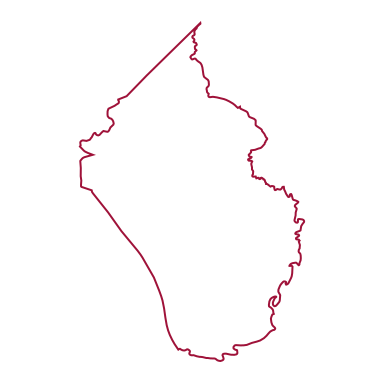 outline of San Miguelito, Panama, rotated 90°
{"feature_id": "35544464B70550696695084", "entity_name": "San Miguelito", "entity_type": "district", "adm_level": 2, "iso_a3": "PAN", "parent_name": "Panama", "parent_adm1": "", "projection": "natural_earth1", "projection_center": [-79.491, 9.058], "detail": "fine", "context": "isolated", "style": "outline", "palette": "rose", "viewbox_px": 384, "rotation_deg": 90, "n_neighbors": 0, "source": "geoboundaries", "source_scale": "gbopen_adm2", "svg_char_len": 5959}
<svg xmlns="http://www.w3.org/2000/svg" viewBox="0 0 384 384"><g transform="rotate(90 192 192)"><path d="M219.9,80.6L219.4,81.8L219.0,84.9L219.1,85.6L219.4,86.0L222.1,86.1L222.4,86.3L222.7,86.8L222.5,88.0L221.7,88.9L221.2,89.3L220.6,89.5L220.1,89.5L215.5,88.4L212.5,88.3L209.0,87.3L208.4,87.4L206.7,88.9L206.1,89.2L205.6,89.1L204.8,88.7L202.8,86.2L202.3,85.8L201.9,85.7L201.6,86.0L201.1,86.9L200.4,88.6L199.9,90.4L199.5,91.0L198.8,91.3L195.1,92.3L194.1,92.8L194.1,93.5L194.6,94.1L195.3,94.3L196.3,94.2L196.7,94.5L197.0,95.3L196.8,95.9L195.8,96.6L193.8,97.9L191.3,98.9L189.6,99.8L186.8,100.2L186.8,101.0L187.1,101.6L188.6,102.4L189.5,103.5L189.5,104.6L189.0,106.8L190.0,108.2L190.1,108.9L189.8,109.3L189.2,109.5L187.7,109.8L187.0,109.7L186.6,109.9L186.2,110.8L186.0,112.2L186.6,113.5L184.3,116.4L184.0,117.0L184.0,118.0L183.7,118.1L182.6,118.1L181.8,118.9L180.9,119.0L179.9,119.4L179.5,119.9L179.5,120.4L178.8,120.6L178.6,121.6L178.1,121.7L177.9,122.0L177.7,122.5L177.9,123.2L179.0,123.9L179.1,124.3L178.9,124.8L178.3,124.8L177.8,125.4L177.8,126.1L178.3,127.3L178.3,127.7L176.5,128.3L176.7,130.7L176.5,131.4L176.1,131.7L175.2,131.7L174.4,131.1L173.7,131.0L171.3,130.8L170.8,131.0L169.5,132.0L167.3,132.0L164.3,132.7L163.6,132.7L161.4,131.8L160.9,132.4L160.6,135.3L160.2,135.7L159.7,135.9L159.3,135.8L158.1,133.2L157.5,132.6L157.1,132.4L156.9,132.7L156.5,134.6L155.4,135.2L154.6,135.2L154.1,134.5L152.4,133.0L151.9,132.9L150.9,133.1L150.3,132.8L149.8,128.9L148.5,125.4L148.0,123.4L147.0,122.1L144.0,119.4L142.6,119.1L142.0,118.5L141.4,118.4L140.3,117.8L139.3,116.9L139.0,116.8L138.3,116.9L137.9,117.5L136.9,118.2L133.8,119.7L131.1,121.9L129.9,122.2L129.6,122.4L128.7,123.4L126.1,127.3L125.3,128.2L124.6,128.4L120.7,128.3L120.1,128.5L118.8,130.0L117.2,134.0L116.7,134.8L116.3,135.1L112.9,136.3L112.2,136.7L111.3,137.9L108.8,143.3L108.2,143.8L106.7,144.0L107.9,146.1L106.8,147.4L105.1,149.1L103.4,151.3L101.3,154.9L99.9,157.8L99.1,160.0L97.4,167.1L96.8,171.1L97.2,174.1L96.9,175.1L96.5,175.5L95.5,175.7L93.8,175.3L92.7,176.5L91.9,177.0L90.7,177.1L89.0,177.5L87.7,177.2L86.2,175.6L85.3,175.2L84.5,175.1L81.6,175.3L80.5,175.7L79.9,176.1L77.2,179.6L76.4,180.1L74.6,180.6L67.5,181.6L64.9,182.4L63.7,183.1L62.9,183.7L61.4,185.9L60.1,187.4L58.8,188.4L58.6,188.9L58.6,189.5L59.4,191.5L59.4,192.0L59.0,192.5L57.3,193.6L56.5,193.4L55.2,192.2L53.8,189.5L53.3,189.2L52.4,189.3L51.9,189.1L50.4,187.5L50.1,187.6L48.9,189.0L47.0,189.2L46.1,188.9L45.2,187.5L44.7,187.3L44.3,187.3L43.0,188.0L42.7,188.6L42.4,189.9L42.1,190.3L41.6,190.5L40.7,189.8L39.7,189.6L39.0,189.9L37.7,191.5L37.0,191.7L36.3,191.5L36.0,191.3L35.1,189.8L34.6,189.4L33.8,189.4L32.0,189.7L30.8,189.4L29.5,188.6L28.5,187.5L26.7,186.8L24.9,185.0L23.9,183.7L23.6,183.6L23.0,183.7L75.4,237.2L96.2,257.4L99.5,265.8L100.1,265.8L101.0,265.2L101.9,265.1L102.8,265.2L103.4,265.7L104.5,267.5L105.8,269.4L108.7,275.5L110.2,276.1L111.3,276.4L114.2,276.5L116.1,276.3L116.9,275.8L118.0,274.8L118.7,272.8L119.7,271.7L121.3,270.8L123.4,270.3L124.6,270.6L127.5,273.6L130.0,274.7L131.3,275.6L131.7,276.2L131.8,276.7L131.0,280.6L132.3,282.1L134.9,284.5L135.4,285.7L135.2,286.7L134.8,287.5L134.3,288.0L133.3,288.4L133.0,288.7L132.9,289.0L133.1,289.7L134.2,290.7L137.3,292.3L138.4,293.3L139.3,293.8L139.8,294.3L140.9,297.5L140.4,300.8L140.4,301.5L140.7,302.2L141.2,303.0L142.0,303.6L142.5,303.7L144.1,303.6L145.2,303.3L146.5,304.1L150.6,300.2L151.6,298.9L152.9,296.2L154.8,291.2L157.1,299.3L157.5,300.3L158.1,301.3L158.9,302.1L160.7,303.6L161.4,303.7L168.0,303.2L176.2,303.3L180.5,302.7L185.0,303.0L186.5,302.9L186.9,302.5L190.3,292.3L191.9,292.0L193.4,291.0L212.4,275.9L231.1,262.6L250.8,246.3L254.7,243.4L257.8,241.4L277.5,230.1L290.7,224.8L296.2,222.8L300.5,221.5L308.5,219.9L317.7,218.6L325.2,217.3L330.4,215.9L334.9,214.2L339.9,211.8L344.1,209.4L349.6,205.7L349.0,204.9L348.8,204.1L349.7,202.7L350.2,201.6L350.4,200.8L350.5,199.6L350.2,198.5L349.3,196.9L349.4,196.1L350.3,194.7L351.1,194.1L351.8,194.1L353.3,194.7L354.0,194.6L354.7,194.0L355.1,193.2L355.3,192.2L355.2,190.4L356.3,187.1L356.9,184.1L356.9,183.0L357.1,181.3L358.0,177.7L358.0,176.2L358.4,173.5L358.5,169.5L358.8,168.5L360.3,166.6L360.8,165.0L361.0,163.5L360.4,161.7L359.8,160.8L359.5,160.6L358.8,160.4L358.2,160.5L356.5,161.0L355.3,161.5L354.5,161.3L353.9,160.7L353.7,159.5L353.7,157.8L354.7,153.1L354.8,150.3L354.8,149.6L354.4,147.7L353.9,147.0L353.0,146.6L350.3,146.9L350.0,147.3L349.8,148.6L348.6,150.3L348.2,150.5L347.0,150.5L345.5,149.4L345.1,148.1L345.4,143.3L345.3,140.2L344.9,137.2L342.9,132.1L341.6,127.2L340.5,123.9L338.2,120.1L335.8,117.5L333.3,115.4L331.7,113.9L331.0,112.8L330.2,111.3L329.9,109.9L329.4,109.2L328.7,108.8L328.1,108.9L327.4,109.4L326.0,110.9L325.0,111.7L322.4,112.6L318.7,113.1L316.8,112.6L314.6,111.7L313.9,110.2L312.9,110.6L310.6,110.9L309.5,111.3L307.6,113.1L306.7,114.6L306.2,115.0L304.8,115.1L301.4,114.6L299.2,113.6L298.1,112.5L297.4,111.4L296.7,109.8L296.5,108.9L296.5,108.1L296.7,107.8L297.0,107.8L298.3,109.3L301.3,110.7L302.6,111.1L304.0,111.1L304.9,110.9L305.4,110.5L306.0,109.9L306.2,109.4L306.1,108.8L305.8,108.1L304.5,106.8L302.0,104.8L301.1,104.4L300.1,104.2L295.2,103.8L294.5,104.1L292.1,105.5L291.1,105.7L289.4,105.5L286.0,104.1L284.6,103.3L282.8,101.8L281.8,100.8L281.4,100.0L281.5,98.8L282.1,97.9L282.5,97.9L283.6,98.4L284.6,97.9L284.6,97.5L284.0,96.3L282.9,95.4L277.9,92.9L276.3,92.3L273.3,91.8L266.6,91.5L266.2,91.8L265.8,92.4L265.9,94.5L265.5,94.5L264.1,93.4L263.6,92.6L263.1,91.2L262.7,88.6L262.7,87.9L263.1,87.3L265.2,85.4L265.1,85.0L264.5,84.6L263.1,84.5L260.3,83.4L258.2,83.2L255.7,83.3L254.1,83.6L253.5,83.9L252.3,85.1L251.2,85.4L249.6,85.1L248.5,84.4L245.0,84.1L241.7,85.2L240.6,84.4L239.7,85.2L239.3,87.6L239.0,87.9L238.6,88.0L238.2,88.0L237.8,87.6L236.0,85.1L235.3,84.9L235.0,85.1L234.6,85.5L234.1,88.1L233.8,88.6L233.4,88.7L232.7,88.3L232.1,87.6L230.8,84.1L230.4,83.5L226.1,82.8L224.0,81.5L222.1,80.0L221.7,79.9L221.0,79.9L220.5,80.2L219.9,80.6Z" fill="none" stroke="#9f1239" stroke-width="2"/></g></svg>